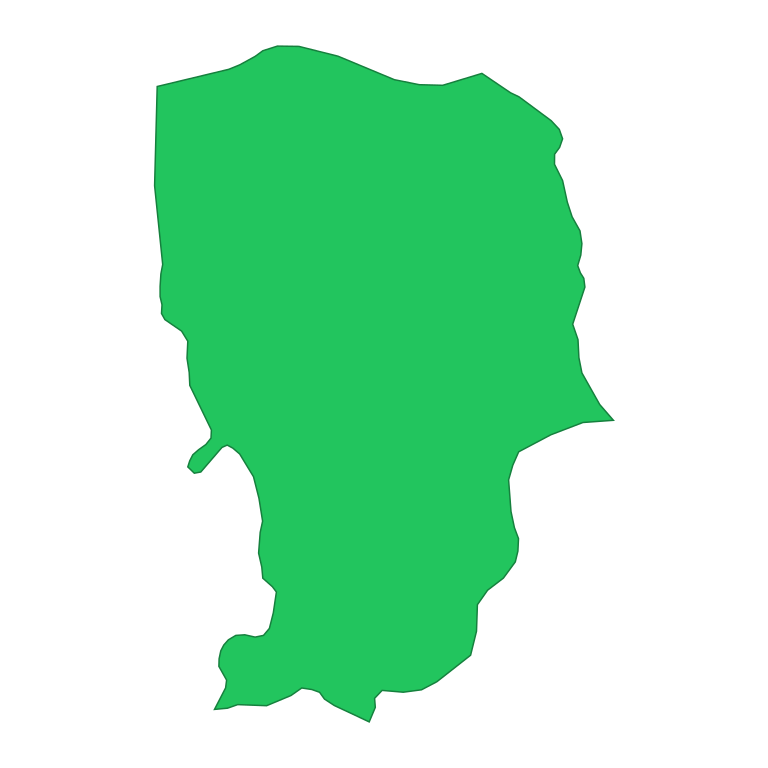 an SVG outline of Amran
{"feature_id": "YEM-155", "entity_name": "Amran", "entity_type": "Governorate", "adm_level": 1, "iso_a3": "YEM", "parent_name": "Yemen", "parent_adm1": "", "projection": "orthographic", "projection_center": [43.957, 16.092], "detail": "fine", "context": "isolated", "style": "filled", "palette": "green", "viewbox_px": 768, "rotation_deg": 0, "n_neighbors": 0, "source": "natural_earth", "source_scale": "10m", "svg_char_len": 1521}
<svg xmlns="http://www.w3.org/2000/svg" viewBox="0 0 768 768"><path d="M277.4,46.1L298.9,46.4L338.0,56.2L394.4,79.7L419.3,84.7L442.7,85.3L481.9,73.4L510.4,92.7L519.1,96.9L551.2,120.7L559.3,129.4L562.6,138.8L559.6,147.4L554.6,154.2L554.5,164.3L562.6,180.6L567.3,202.1L572.1,216.8L580.0,230.9L581.9,243.7L580.8,255.1L577.7,265.6L580.4,272.9L583.8,278.3L584.9,287.1L572.7,324.2L578.0,339.7L578.9,357.6L581.9,372.9L599.7,404.5L613.4,420.3L582.9,422.5L550.8,434.8L518.7,451.8L512.8,465.2L508.6,479.9L511.0,511.5L514.4,527.6L518.5,538.6L517.9,551.1L515.3,561.9L503.4,578.1L487.6,590.2L477.4,604.7L476.5,631.2L470.6,655.2L436.9,681.7L421.5,689.8L403.3,692.2L382.1,690.4L374.6,698.3L375.3,707.4L369.2,721.9L334.3,705.5L324.5,699.1L319.6,692.3L311.8,689.5L301.7,688.0L291.0,695.5L266.6,705.7L237.7,704.6L227.5,708.2L214.5,709.4L225.6,687.9L226.6,680.1L218.9,666.4L219.1,658.8L220.8,650.8L223.8,645.0L228.4,639.8L235.8,635.4L244.8,634.8L255.1,637.1L263.5,635.4L269.4,628.4L273.3,612.9L276.4,592.0L272.4,586.7L262.8,578.2L261.8,567.1L258.6,553.1L260.2,532.4L262.6,521.2L259.0,498.5L253.5,476.7L239.7,454.0L232.8,448.1L227.2,445.1L222.0,447.4L200.8,472.0L194.3,473.2L187.8,466.9L189.7,460.9L192.8,454.8L198.5,449.8L205.9,444.5L211.0,438.1L211.4,430.0L189.8,385.4L189.2,372.5L187.0,358.2L187.8,341.2L181.6,331.1L164.9,319.6L161.5,313.5L162.0,304.8L160.1,296.6L160.1,286.4L160.9,273.9L162.7,264.5L154.6,185.7L157.2,86.5L228.8,69.3L239.6,64.9L255.1,56.4L262.9,50.7L277.4,46.1Z" fill="#22c55e" stroke="#15803d" stroke-width="1.5"/></svg>